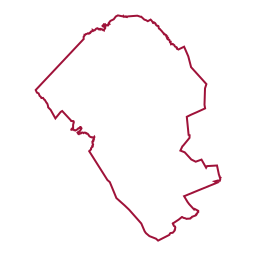 outline of Hidalgo, Durango, Mexico
{"feature_id": "50627088B92149873655635", "entity_name": "Hidalgo", "entity_type": "district", "adm_level": 2, "iso_a3": "MEX", "parent_name": "Mexico", "parent_adm1": "Durango", "projection": "orthographic", "projection_center": [-104.857, 26.045], "detail": "fine", "context": "isolated", "style": "outline", "palette": "rose", "viewbox_px": 256, "rotation_deg": 0, "n_neighbors": 0, "source": "geoboundaries", "source_scale": "gbopen_adm2", "svg_char_len": 5448}
<svg xmlns="http://www.w3.org/2000/svg" viewBox="0 0 256 256"><path d="M126.5,17.0L126.5,16.5L126.2,16.4L125.2,16.4L125.0,16.7L124.3,16.6L124.0,16.8L123.3,15.9L122.9,16.4L117.9,15.4L115.8,16.5L113.7,19.3L110.6,20.8L109.7,21.7L109.4,22.3L108.9,22.8L109.2,23.6L108.8,23.5L108.6,23.9L108.6,24.2L108.3,24.2L108.1,24.3L107.9,24.9L108.1,25.4L108.0,25.5L107.2,25.4L106.7,25.2L105.5,24.8L105.2,24.4L105.0,24.6L104.8,24.7L104.4,24.3L104.2,24.3L104.0,24.2L103.9,24.2L103.8,24.5L103.4,24.8L103.1,25.5L102.5,25.8L102.5,26.0L103.2,26.6L103.4,26.7L104.2,26.3L104.6,26.3L105.1,26.4L105.4,26.8L105.1,27.3L104.9,27.6L105.2,28.1L105.1,28.5L104.5,28.9L104.3,29.5L103.9,29.8L103.9,30.1L103.6,29.9L103.3,29.9L103.5,30.2L103.5,30.3L103.3,30.3L103.0,30.1L102.5,29.6L101.9,29.2L101.6,29.2L100.8,29.2L100.4,29.4L100.4,29.6L100.2,29.6L100.1,29.4L100.2,28.9L99.9,28.9L99.2,29.4L98.8,29.4L98.6,29.3L98.6,29.1L98.5,28.9L98.1,28.8L97.8,28.4L97.5,28.3L97.4,28.4L96.5,28.5L96.2,28.7L96.0,28.9L95.9,28.9L95.9,28.7L95.5,29.5L94.7,30.3L94.3,30.4L93.8,30.2L93.6,30.3L93.5,30.5L93.2,30.8L92.7,30.3L92.7,30.6L92.4,31.0L92.1,31.2L91.5,31.3L91.5,31.5L91.1,31.7L90.7,31.9L90.7,32.3L90.1,33.0L89.8,32.9L89.6,32.9L89.3,33.1L89.2,33.5L88.9,33.7L88.6,33.4L87.8,33.3L87.2,33.7L86.5,34.0L85.8,34.1L85.3,34.8L85.1,34.9L84.5,34.8L84.3,36.0L83.7,36.6L83.6,38.6L83.7,39.0L35.7,90.0L36.9,92.6L38.6,93.4L39.7,96.0L40.7,96.7L41.4,98.0L43.0,97.9L44.3,99.7L44.8,99.9L46.6,102.9L47.2,103.4L47.8,105.2L48.1,106.5L48.2,107.4L50.6,109.8L55.4,118.4L60.7,111.9L62.2,111.0L71.1,120.6L71.1,120.9L71.4,121.0L71.9,121.0L72.3,121.2L73.0,121.0L73.3,121.1L73.6,121.3L73.7,121.6L73.8,122.2L73.7,122.9L73.5,123.2L73.1,124.9L73.1,128.1L73.1,128.3L72.5,128.2L72.3,128.3L71.4,129.3L71.3,129.7L71.5,129.8L72.3,129.6L72.6,129.6L73.9,129.9L74.2,130.2L74.4,130.1L75.4,130.5L75.7,130.3L75.9,130.1L76.2,130.1L76.7,129.7L77.5,129.4L77.7,129.0L78.4,128.3L78.8,128.1L79.2,128.1L79.4,128.0L79.7,127.9L80.0,127.5L80.2,127.0L80.6,127.0L81.0,127.4L81.5,128.3L81.4,128.6L79.8,131.1L78.1,132.1L77.5,132.6L78.5,134.1L78.9,134.2L79.5,133.4L79.9,133.3L80.2,133.5L80.6,133.5L80.7,133.4L80.9,133.0L81.1,132.9L81.4,133.0L81.6,132.7L81.9,132.5L82.7,132.5L83.5,133.1L83.8,132.9L84.5,132.6L84.9,132.7L85.4,132.7L85.8,132.8L86.2,133.0L86.4,133.3L86.3,133.5L86.6,133.7L87.0,133.7L87.4,133.6L87.6,133.7L88.6,134.9L88.6,135.1L88.8,135.4L89.4,136.2L90.1,136.7L90.6,137.0L90.9,137.1L91.6,137.1L91.9,137.4L92.4,137.3L93.2,137.5L93.9,137.4L94.3,136.8L94.4,137.0L94.2,137.6L93.6,138.3L93.9,138.9L93.5,139.3L93.7,139.7L93.5,139.9L93.5,140.2L93.1,140.4L93.1,140.6L92.8,141.0L93.2,141.3L92.9,141.8L92.4,142.0L92.5,142.9L92.5,143.2L92.6,143.4L92.8,143.9L93.1,144.3L93.0,144.6L93.0,144.8L92.7,145.1L92.7,145.4L92.7,145.6L92.8,145.9L92.2,146.2L92.4,146.9L91.9,147.2L91.1,148.2L91.0,148.6L91.1,149.0L91.0,149.4L90.2,150.3L89.5,150.7L89.2,151.2L107.4,180.0L109.8,182.1L113.2,190.3L116.4,198.1L124.6,205.4L129.1,209.7L141.3,223.5L144.7,231.4L146.0,233.2L149.4,236.1L156.0,238.7L158.1,240.6L168.9,235.1L169.4,234.8L169.9,233.6L170.4,233.1L171.4,232.9L172.6,232.8L172.9,232.6L173.3,232.1L174.1,231.3L174.2,231.0L174.6,230.6L174.6,230.2L174.9,229.9L174.8,229.4L175.1,229.0L175.1,228.4L175.3,227.5L175.1,226.8L175.0,226.5L174.9,226.4L174.3,226.2L174.0,226.0L173.6,225.4L173.6,225.0L173.5,224.8L173.2,224.5L173.1,224.3L173.2,224.0L172.8,223.4L173.1,223.1L173.7,222.9L178.7,219.6L181.9,217.0L182.1,217.0L182.7,217.4L183.6,217.9L185.0,218.2L186.7,218.9L187.5,218.7L190.0,218.6L190.4,218.5L190.7,217.9L191.6,217.5L192.0,216.8L193.7,216.2L194.2,216.0L195.5,215.5L195.9,215.3L196.5,214.6L196.6,214.4L196.3,214.2L198.3,211.9L198.2,211.6L197.6,210.9L197.7,210.7L197.8,210.6L194.6,208.9L194.1,209.5L189.2,204.2L187.5,201.9L184.1,196.2L196.5,191.1L217.3,182.6L214.7,181.4L218.0,180.5L218.5,180.8L218.6,180.7L219.0,180.9L219.8,180.8L220.3,179.0L220.2,178.8L220.1,178.0L220.3,177.7L219.9,177.6L219.7,177.0L219.8,177.0L219.7,176.4L219.3,175.5L218.9,174.7L218.8,174.1L217.0,165.5L207.0,166.1L206.1,167.7L201.5,159.6L195.7,161.7L191.3,159.5L184.7,152.3L180.4,150.6L182.4,146.3L183.0,145.8L189.5,137.9L189.6,135.2L188.6,134.9L186.8,116.8L191.3,114.6L197.0,112.1L205.1,108.4L204.5,104.8L205.0,88.4L206.4,84.1L191.1,67.2L188.3,56.4L184.1,46.7L178.4,49.5L177.8,49.1L177.2,49.0L177.1,48.9L176.7,48.2L176.9,47.7L176.7,47.5L176.6,47.3L175.2,46.6L174.9,46.4L174.6,45.9L174.4,45.3L173.9,44.8L173.2,44.5L172.9,44.0L172.6,43.9L172.1,44.2L171.7,43.9L171.0,44.2L170.8,43.2L170.6,43.0L170.4,42.6L170.5,42.2L170.2,42.3L169.9,42.1L169.9,41.9L169.9,41.3L169.6,40.6L169.4,40.4L169.4,40.2L169.2,40.1L169.2,39.7L168.8,39.4L168.5,39.5L168.1,39.4L168.0,39.2L167.8,39.3L167.5,39.1L167.4,38.7L167.1,38.2L167.3,37.9L167.8,37.5L167.6,37.3L166.6,36.9L166.6,36.6L166.7,36.4L166.4,36.4L166.1,35.9L166.1,35.6L165.8,35.2L166.0,35.0L165.9,34.9L165.5,34.7L165.0,34.7L164.9,34.6L164.9,34.4L164.3,34.2L164.1,33.9L163.9,34.0L163.8,33.8L164.0,33.5L163.9,33.4L163.3,33.0L161.5,30.8L160.3,29.6L160.0,29.1L159.2,28.7L158.9,28.5L158.6,27.3L158.6,26.7L158.4,26.2L158.2,26.1L158.1,25.9L157.8,25.8L157.7,26.0L157.5,25.9L157.2,25.7L156.9,25.7L156.7,25.4L156.4,25.3L155.8,24.6L155.7,24.0L155.5,23.9L155.5,23.6L155.1,23.1L154.7,22.8L154.2,22.6L153.9,22.8L153.8,22.6L153.7,22.5L153.3,22.8L152.9,22.8L152.8,22.4L153.1,22.1L152.5,21.9L151.4,20.4L150.6,19.6L147.8,21.2L146.1,20.2L144.3,19.6L141.2,16.7L140.5,16.8L139.5,16.4L137.3,15.7L128.0,16.4L127.4,16.6L127.0,17.1L126.5,17.0Z" fill="none" stroke="#9f1239" stroke-width="2"/></svg>